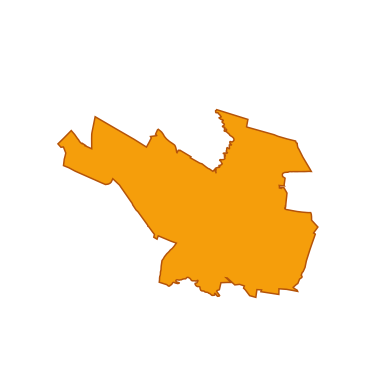 Krāslava, Kraslavas, Latvia (Natural Earth projection), rotated 29°
{"feature_id": "27541924B97112001727549", "entity_name": "Krāslava", "entity_type": "district", "adm_level": 2, "iso_a3": "LVA", "parent_name": "Latvia", "parent_adm1": "Kraslavas", "projection": "natural_earth1", "projection_center": [27.168, 55.899], "detail": "fine", "context": "isolated", "style": "filled", "palette": "amber", "viewbox_px": 384, "rotation_deg": 29, "n_neighbors": 0, "source": "geoboundaries", "source_scale": "gbopen_adm2", "svg_char_len": 5989}
<svg xmlns="http://www.w3.org/2000/svg" viewBox="0 0 384 384"><g transform="rotate(29 192 192)"><path d="M207.1,286.8L214.3,285.4L214.5,285.3L215.0,285.3L217.0,285.7L217.9,285.2L218.1,284.8L218.1,284.3L218.9,283.0L219.1,281.9L219.1,280.8L219.2,280.5L219.4,280.2L219.8,279.9L220.1,279.8L220.6,279.7L221.4,279.7L223.7,279.1L224.4,278.6L224.9,278.1L224.9,277.7L224.7,277.6L222.3,278.1L221.7,278.1L220.9,277.5L220.8,277.0L221.0,276.6L221.4,276.0L222.2,275.8L223.8,275.1L224.1,274.8L224.5,274.4L225.3,273.9L225.8,273.1L226.8,272.1L227.8,271.4L228.4,271.1L228.7,270.6L228.7,269.9L228.9,269.4L229.3,269.0L229.8,268.6L230.4,268.5L231.8,268.5L233.1,268.9L233.9,269.4L234.1,269.5L234.6,269.6L235.2,269.5L235.8,269.3L237.3,268.4L238.6,268.0L238.9,267.7L239.5,266.7L239.9,266.5L240.1,266.6L240.3,266.9L240.4,269.0L239.9,269.6L239.1,270.2L239.0,270.4L239.5,271.2L240.3,271.7L241.1,272.0L242.0,272.1L242.8,272.0L244.0,271.3L244.7,271.2L245.1,271.4L245.7,272.3L246.4,273.0L246.9,273.4L247.4,273.7L248.0,273.7L248.6,273.7L250.1,273.0L250.4,272.9L250.6,272.9L251.6,273.1L252.0,273.1L252.6,272.9L254.5,272.2L255.9,272.4L256.8,272.2L257.8,272.4L258.8,272.6L259.5,272.7L260.2,272.4L261.1,271.8L261.7,271.3L261.8,270.9L261.8,270.4L261.5,270.1L261.1,269.9L261.2,269.5L262.1,269.6L262.3,269.7L263.0,270.2L264.6,270.8L265.0,270.8L265.6,270.4L265.8,270.2L266.1,269.6L266.3,269.6L266.3,269.1L262.9,267.5L261.7,266.8L261.7,266.0L263.3,264.2L261.3,257.3L267.2,253.7L270.0,252.2L263.5,250.5L264.5,250.1L274.5,252.5L278.4,249.7L283.3,248.8L283.7,251.1L286.0,251.7L292.7,254.7L298.9,253.2L296.1,245.9L300.3,243.9L300.6,245.8L317.6,239.5L315.0,234.5L322.1,231.2L328.3,229.1L332.6,227.7L331.6,226.9L328.2,226.8L326.7,226.3L328.1,222.3L328.9,220.7L328.3,216.0L329.5,213.5L329.1,212.4L327.9,211.9L327.7,210.8L327.4,208.9L327.8,207.8L327.4,203.1L325.4,196.7L323.1,185.3L322.0,179.2L320.3,169.1L320.1,169.0L318.2,168.9L319.1,161.6L310.3,158.7L308.5,155.6L307.1,153.6L305.8,152.5L303.0,154.0L298.1,156.2L293.4,158.1L282.7,161.7L281.2,161.6L281.0,161.2L281.5,161.1L280.6,159.2L280.9,159.2L279.5,156.1L277.0,150.1L275.6,146.9L270.4,143.7L267.6,144.9L268.1,145.6L266.5,146.1L265.5,144.4L265.1,144.0L269.9,141.9L269.3,141.5L266.7,134.8L264.6,134.6L264.2,134.6L263.8,134.5L263.3,134.0L262.6,133.0L262.4,132.2L262.4,131.7L262.9,130.9L263.5,130.0L264.1,129.6L266.3,128.2L267.1,127.2L267.9,126.6L269.2,126.0L270.8,125.0L272.5,124.1L281.0,119.3L284.4,117.2L286.4,116.2L284.1,114.8L272.3,107.9L272.1,107.8L264.8,102.8L263.0,101.8L261.1,99.6L261.0,99.3L260.4,98.4L259.2,98.4L257.9,97.2L249.4,99.5L240.2,101.6L236.0,102.1L208.9,108.5L208.1,108.5L205.7,101.4L173.7,108.0L173.7,108.6L173.3,109.2L173.2,109.4L173.8,110.4L174.0,110.7L174.5,111.0L175.2,110.7L175.9,110.2L176.4,110.1L176.7,110.3L176.9,110.5L177.2,110.7L178.1,110.8L179.3,111.2L181.1,112.1L181.1,112.3L179.7,113.9L179.7,114.0L180.2,114.2L181.9,114.4L182.3,114.4L183.5,114.0L183.9,114.0L184.3,114.1L184.6,114.3L184.8,114.5L184.7,114.7L184.3,115.2L184.1,115.5L184.6,116.4L184.9,116.5L186.8,116.8L187.4,117.1L187.6,117.4L187.6,117.8L187.4,118.5L186.9,119.4L186.8,119.7L187.1,120.0L187.4,120.1L188.7,119.7L189.1,119.6L189.4,119.7L189.5,119.9L189.3,120.5L189.7,121.0L190.1,121.1L190.3,121.1L191.0,120.7L191.4,120.5L191.7,120.5L192.0,120.7L192.2,120.9L192.3,121.6L192.3,121.8L192.1,122.1L191.8,122.3L190.4,122.5L190.5,122.9L190.7,123.0L191.0,123.0L192.1,122.7L192.8,122.6L196.0,123.3L196.8,123.5L197.0,123.7L197.4,123.9L197.9,124.1L200.0,124.2L201.2,124.4L201.8,124.6L202.4,124.9L202.8,125.2L203.2,125.7L203.6,126.4L203.6,126.8L203.4,127.6L203.1,128.4L202.8,128.7L202.4,129.0L201.3,129.2L200.9,129.4L200.8,129.5L201.3,130.8L203.6,131.6L203.6,131.8L203.4,132.0L201.9,132.6L201.8,132.8L203.7,135.8L203.7,136.0L203.2,136.2L202.2,136.1L201.3,136.1L201.2,136.2L201.2,136.4L201.4,137.4L202.1,138.6L202.0,139.0L202.3,139.8L203.9,140.5L203.8,141.1L203.1,141.6L202.4,141.6L200.7,142.8L200.7,143.1L200.9,143.2L202.1,143.2L203.2,143.6L203.5,144.4L202.8,144.7L202.9,144.9L203.6,145.1L203.5,145.8L204.2,146.2L204.6,146.9L204.5,147.3L203.8,148.3L202.9,149.0L201.2,149.9L200.9,150.1L200.8,150.5L201.1,150.8L201.1,151.0L201.8,151.0L202.3,151.1L203.0,151.5L203.3,151.9L203.7,152.2L204.5,152.4L204.7,152.7L204.7,153.5L204.2,153.9L204.1,155.0L203.7,155.2L203.1,155.4L202.8,155.6L202.8,155.9L203.0,156.1L204.0,156.6L204.0,156.8L204.0,157.0L203.8,157.2L203.6,157.5L203.0,157.6L202.8,157.8L202.4,158.3L202.2,158.6L201.8,158.8L201.5,159.3L201.2,159.6L201.0,159.9L201.0,160.1L201.0,160.3L201.3,160.5L201.9,160.5L202.1,160.6L202.2,160.8L202.3,161.2L203.0,162.8L203.1,163.0L203.5,163.2L203.5,163.3L202.4,162.6L200.8,161.6L200.2,163.8L196.0,163.4L194.6,163.6L192.1,163.3L191.5,163.2L187.1,162.5L184.8,163.0L173.9,162.9L174.0,161.7L161.3,161.3L161.3,161.7L159.8,162.1L159.9,164.9L159.6,164.9L159.3,164.6L156.8,161.6L155.7,160.5L155.2,160.1L154.3,159.5L153.5,159.3L152.1,159.1L148.4,158.8L147.1,158.6L144.1,158.0L141.7,157.1L140.6,156.6L139.1,155.6L136.6,154.4L135.5,154.1L132.1,153.5L131.7,154.4L132.1,159.1L132.8,159.2L133.8,159.7L133.8,159.8L128.8,163.6L130.2,164.5L130.4,169.3L130.4,174.8L115.9,174.0L94.0,173.6L70.8,173.1L75.1,186.7L75.8,188.8L76.3,190.1L78.3,193.9L80.9,198.5L83.3,202.8L76.1,203.4L76.3,202.9L72.5,202.6L72.4,203.1L71.0,202.9L70.1,202.7L68.7,202.1L67.4,201.3L66.0,200.8L61.5,198.6L56.6,196.8L53.7,207.2L51.4,214.9L55.7,216.4L57.6,215.0L58.4,215.5L62.7,219.1L63.4,221.4L64.4,225.3L65.1,227.0L66.8,231.2L72.5,230.5L79.7,230.4L108.9,227.8L112.7,227.4L114.9,225.7L116.0,224.2L116.5,222.6L116.3,218.8L125.3,221.1L127.4,222.2L145.3,231.0L146.4,232.0L151.5,234.7L152.4,235.0L153.7,235.3L154.6,235.6L169.5,242.6L169.9,243.3L171.1,243.4L176.7,246.0L179.7,247.3L180.5,250.1L184.3,250.2L183.7,246.7L197.4,245.2L203.1,244.3L202.6,248.5L202.0,251.2L201.2,253.1L200.9,254.9L200.4,256.7L199.9,258.2L199.3,262.0L199.3,264.2L199.0,266.5L201.0,271.8L202.6,275.1L203.2,277.3L204.2,279.2L204.6,280.4L204.7,281.4L205.3,282.9L206.1,284.4L207.1,286.8Z" fill="#f59e0b" stroke="#b45309" stroke-width="1.5"/></g></svg>